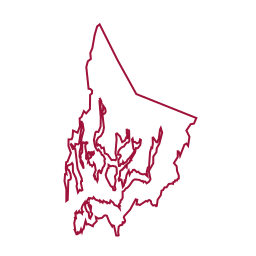 Divtasvuodna smj 1, Nordland, Norway (Natural Earth projection), rotated 264°
{"feature_id": "86288312B68472629952470", "entity_name": "Divtasvuodna smj 1", "entity_type": "district", "adm_level": 2, "iso_a3": "NOR", "parent_name": "Norway", "parent_adm1": "Nordland", "projection": "natural_earth1", "projection_center": [16.254, 67.97], "detail": "fine", "context": "isolated", "style": "outline", "palette": "rose", "viewbox_px": 256, "rotation_deg": 264, "n_neighbors": 0, "source": "geoboundaries", "source_scale": "gbopen_adm2", "svg_char_len": 5613}
<svg xmlns="http://www.w3.org/2000/svg" viewBox="0 0 256 256"><g transform="rotate(264 128 128)"><path d="M61.9,59.0L62.8,60.5L82.2,63.2L82.9,65.4L84.5,66.1L88.2,66.0L92.3,64.8L93.1,63.5L95.3,63.3L96.9,64.1L97.8,67.3L99.0,68.7L97.7,69.3L90.0,68.7L83.3,71.1L77.9,71.5L78.5,71.9L75.6,70.7L69.1,71.5L71.6,73.6L70.5,74.9L71.1,76.2L78.2,75.4L80.0,75.8L80.0,76.7L82.6,76.7L93.0,73.6L112.4,73.4L113.2,73.1L112.9,70.9L117.5,69.4L118.0,69.8L114.5,72.4L115.8,73.6L117.7,74.0L116.9,76.7L117.7,77.7L133.4,81.8L139.1,81.9L139.0,82.6L136.9,83.4L130.5,83.7L122.3,80.6L113.6,79.0L110.0,77.6L104.6,76.8L102.3,77.4L104.0,78.0L107.2,77.3L106.4,77.9L108.6,79.9L117.5,80.9L118.4,81.5L118.3,82.4L117.6,82.8L118.3,85.1L117.8,86.1L117.2,86.0L116.0,84.0L114.0,83.5L107.6,83.9L102.3,83.1L101.6,83.4L103.0,85.1L105.8,85.2L108.2,86.2L107.8,87.4L105.7,87.6L107.8,89.1L107.3,89.9L108.0,91.4L106.2,91.5L104.9,90.4L105.4,89.5L102.7,88.1L101.2,85.5L98.1,84.7L98.7,85.5L95.1,86.5L94.9,87.8L93.7,88.3L94.8,89.2L94.9,90.3L96.4,90.4L95.3,91.1L89.4,91.5L84.5,89.0L81.9,89.7L82.6,90.2L80.3,90.4L80.5,91.3L78.4,91.9L80.2,92.7L85.6,93.0L88.6,94.3L88.9,94.9L87.7,95.5L88.8,96.1L85.2,96.1L91.2,98.8L92.9,100.4L95.1,101.3L98.4,101.1L99.6,101.9L103.3,100.5L104.2,99.0L106.3,98.6L109.7,96.4L108.8,95.4L109.7,94.7L112.7,93.4L119.4,92.8L126.8,95.1L127.7,96.1L127.1,98.1L132.3,100.9L141.1,102.0L157.2,102.4L156.5,103.6L160.9,102.9L157.3,104.3L152.0,102.8L145.5,103.2L148.3,105.1L152.9,105.6L149.8,107.3L146.6,107.5L145.1,106.6L144.4,105.1L145.4,104.5L144.5,104.0L130.8,104.1L126.6,102.8L122.9,100.2L121.5,97.4L118.5,95.3L114.3,95.2L113.6,95.5L114.7,96.7L113.8,97.3L114.0,98.4L110.6,99.5L111.1,101.8L105.2,102.3L103.7,105.1L97.8,108.3L97.9,110.2L97.2,112.2L99.1,113.7L104.3,112.9L118.0,115.5L123.3,115.5L123.8,116.5L120.5,119.2L114.5,120.8L115.8,123.5L119.8,125.9L117.2,126.4L120.9,127.3L122.5,126.9L122.1,126.4L122.5,126.2L127.3,126.6L125.4,127.1L125.7,128.5L125.1,128.8L114.8,128.0L113.5,126.8L113.6,125.6L112.4,123.9L110.1,122.1L109.6,120.1L108.1,117.9L105.7,116.0L102.6,115.3L102.2,117.5L100.7,117.9L97.0,115.0L91.2,115.0L91.1,115.9L93.2,117.5L92.8,119.1L94.8,119.6L93.2,120.4L94.8,123.2L96.5,124.2L98.8,127.4L100.2,127.5L99.4,127.8L103.7,131.5L105.2,132.0L107.1,131.2L116.3,130.8L117.0,131.5L113.4,131.9L113.5,133.5L111.7,135.3L112.7,137.7L115.4,138.8L114.7,139.6L109.8,138.4L106.9,135.6L107.2,133.8L102.8,132.4L96.6,127.7L95.5,128.0L95.3,126.6L94.0,126.2L91.4,122.4L90.4,122.9L89.1,122.6L90.5,121.9L90.4,121.0L88.8,120.2L88.9,119.6L87.1,118.1L87.3,117.6L85.8,115.6L81.3,115.0L77.8,113.2L76.5,113.6L77.7,115.4L77.2,116.1L70.0,116.7L71.2,117.9L75.6,119.1L74.8,119.7L81.5,121.7L85.5,124.3L81.6,124.8L83.5,125.9L84.0,127.5L85.8,128.5L85.8,130.0L83.2,132.1L83.5,133.5L81.4,135.3L80.3,137.9L80.5,140.0L78.0,142.3L82.3,142.0L86.4,143.5L86.2,143.9L87.5,144.9L101.7,147.4L106.2,149.2L105.6,150.0L109.9,151.1L115.8,151.5L115.9,152.1L111.0,154.7L110.7,155.6L114.7,157.7L122.9,159.6L124.6,160.6L119.9,161.5L109.1,157.5L104.9,154.5L101.0,153.7L97.0,150.2L90.2,149.4L83.1,144.2L74.7,145.0L72.5,143.4L71.0,140.8L72.9,139.6L73.1,138.2L72.5,137.7L73.9,137.0L73.7,135.9L75.2,133.9L76.2,129.3L75.2,127.3L70.6,123.4L68.6,121.1L68.1,119.5L65.9,117.6L65.4,116.0L59.2,115.4L57.5,114.4L56.7,113.0L55.0,112.8L52.8,111.0L51.5,111.8L51.4,111.2L48.9,111.3L51.0,110.0L52.9,106.5L55.2,105.5L57.7,103.0L55.1,101.9L56.0,99.7L55.6,99.4L56.7,99.0L56.4,98.2L58.3,96.0L56.4,95.0L58.2,93.2L57.5,92.6L59.0,92.2L58.5,91.6L60.2,88.2L62.8,86.5L61.4,85.4L62.3,82.8L61.1,82.0L62.1,81.4L59.2,79.3L58.5,80.0L57.4,78.7L57.9,81.2L55.3,80.7L53.5,81.3L55.0,81.7L55.2,82.4L54.0,83.2L48.8,82.1L46.2,83.5L43.5,81.9L43.7,81.3L42.0,81.0L42.8,80.1L48.0,80.0L49.5,78.4L53.5,77.3L58.8,77.3L55.8,74.8L52.8,73.4L50.3,73.6L49.4,74.5L48.8,73.4L47.6,73.3L49.3,71.7L49.0,70.7L50.4,70.6L48.3,68.3L48.4,67.3L49.8,67.5L49.0,66.6L43.4,66.9L43.2,66.3L45.3,65.7L43.0,65.9L39.1,64.6L32.2,64.8L32.2,64.3L26.9,65.9L30.1,66.5L27.3,67.3L29.4,67.6L28.8,68.4L29.3,68.8L29.1,69.4L32.1,70.7L29.4,71.3L31.7,72.2L32.1,73.2L40.1,76.1L36.4,76.9L36.6,78.6L34.0,82.8L35.6,83.4L38.5,87.1L42.8,86.7L41.0,89.1L41.4,92.9L43.4,95.3L43.5,96.7L42.9,97.8L36.8,99.5L31.8,102.0L32.8,102.5L32.2,103.9L22.4,105.0L22.0,106.9L22.3,107.5L25.5,107.3L30.7,108.4L32.1,110.0L32.3,112.1L34.9,112.9L34.6,113.6L35.5,114.0L34.1,114.1L34.5,114.8L36.0,115.5L39.7,114.5L40.7,115.0L46.5,121.5L56.3,128.2L55.6,129.7L51.1,128.4L50.8,129.0L51.0,130.4L50.1,131.6L53.6,138.3L52.8,139.7L53.9,140.6L54.1,141.8L52.8,143.1L50.3,143.3L48.3,144.8L48.5,146.9L47.3,147.8L47.6,148.5L53.6,150.0L57.8,153.6L62.2,154.8L62.7,156.5L65.1,158.1L65.0,160.2L68.0,162.6L68.2,166.0L67.7,166.9L69.5,167.5L69.8,169.0L71.0,169.4L70.7,171.3L72.1,172.0L72.4,173.2L75.7,173.5L80.1,172.3L84.8,172.4L88.3,170.0L93.9,174.4L99.6,175.0L99.4,175.8L97.5,176.6L94.9,176.9L105.4,182.3L106.4,184.5L104.0,185.9L112.9,188.2L119.4,185.8L125.2,190.7L125.5,194.1L130.8,197.0L160.9,139.8L196.3,124.8L234.0,110.6L232.2,107.9L224.1,104.6L211.2,100.9L206.4,98.3L200.6,98.3L198.5,95.0L192.9,92.9L171.1,92.9L170.8,94.6L168.9,96.2L166.2,95.8L164.9,93.8L150.8,92.1L146.9,87.9L149.4,85.9L143.8,82.9L142.6,80.9L134.8,80.4L128.6,77.3L131.2,73.1L124.8,71.9L122.6,70.7L122.9,67.7L116.4,66.9L109.2,68.6L100.8,64.3L100.4,62.9L94.4,61.9L88.7,62.1L89.3,61.5L88.8,60.6L81.7,59.3L73.2,60.3L61.9,59.0ZM83.8,100.9L80.7,101.3L72.2,104.7L71.2,105.6L71.2,106.6L67.8,107.0L67.4,108.4L68.4,109.2L72.0,108.7L76.6,110.2L81.3,109.9L83.6,112.1L89.4,112.5L91.0,111.6L92.0,108.6L91.7,106.8L93.3,104.8L90.3,104.6L90.0,103.6L83.8,100.9ZM101.9,77.5L99.4,77.2L92.2,79.7L98.3,79.4L101.9,77.5Z" fill="none" stroke="#9f1239" stroke-width="2"/></g></svg>